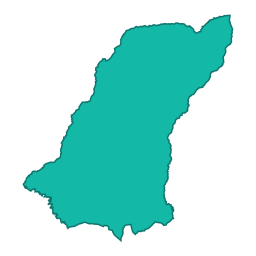 Comodoro, Mato Grosso, Brazil (orthographic projection)
{"feature_id": "56859067B94261224091437", "entity_name": "Comodoro", "entity_type": "district", "adm_level": 2, "iso_a3": "BRA", "parent_name": "Brazil", "parent_adm1": "Mato Grosso", "projection": "orthographic", "projection_center": [-59.748, -13.193], "detail": "fine", "context": "isolated", "style": "filled", "palette": "teal", "viewbox_px": 256, "rotation_deg": 0, "n_neighbors": 0, "source": "geoboundaries", "source_scale": "gbopen_adm2", "svg_char_len": 5743}
<svg xmlns="http://www.w3.org/2000/svg" viewBox="0 0 256 256"><path d="M23.4,184.4L25.4,188.1L25.8,188.1L25.6,186.5L26.2,186.3L27.3,188.6L30.1,190.7L30.4,189.8L30.5,190.5L31.1,190.8L31.6,189.9L32.8,189.6L33.7,188.6L34.1,188.7L34.2,189.2L35.0,189.2L35.1,191.0L35.4,190.5L35.5,191.6L36.2,191.9L37.2,191.3L37.7,191.7L39.1,191.8L38.6,192.7L40.0,193.0L39.7,194.2L41.0,194.4L41.9,195.7L42.3,195.8L42.1,194.4L44.9,194.2L45.4,194.6L45.5,195.2L44.3,196.8L46.2,196.8L47.0,197.3L47.7,196.6L48.6,197.3L51.0,197.2L51.3,197.8L49.9,198.2L49.9,198.7L51.3,199.5L51.1,200.1L50.3,200.5L49.0,200.0L48.6,200.6L49.4,201.5L50.6,201.2L50.9,201.5L48.5,203.9L48.4,204.3L48.9,204.4L49.9,203.8L52.4,204.1L52.4,204.5L51.5,205.2L51.4,206.1L50.2,207.5L50.3,207.9L51.1,208.2L51.6,207.2L52.9,207.3L52.9,207.8L52.4,208.4L52.8,209.8L53.0,213.6L53.7,213.8L53.6,212.8L55.5,214.1L56.4,213.5L56.7,214.0L56.5,214.6L56.8,214.9L57.4,214.8L57.5,215.2L56.6,215.6L56.4,216.6L55.8,216.4L57.0,218.5L59.9,218.3L60.7,219.3L60.7,221.0L61.5,222.7L62.8,221.9L63.1,222.7L64.2,221.8L64.5,223.1L65.4,223.0L65.4,224.2L66.7,224.9L67.1,225.7L67.2,227.2L67.9,228.3L69.5,227.0L74.7,226.2L79.3,223.8L80.2,223.8L80.7,223.3L81.6,223.4L84.6,222.1L89.4,223.8L92.3,223.6L93.7,224.0L98.3,224.3L102.9,226.4L103.4,226.5L104.4,225.3L105.6,225.7L106.4,225.5L107.7,226.0L108.6,227.0L108.9,229.6L112.4,230.3L112.8,231.9L114.3,234.8L120.9,240.6L121.0,237.9L122.8,234.2L123.0,231.9L122.6,229.9L123.4,228.8L123.3,227.8L124.4,226.7L124.6,225.8L126.2,225.0L131.1,224.5L131.1,225.7L132.7,231.8L135.2,234.4L135.9,233.5L137.3,232.8L138.3,231.3L140.9,231.5L142.4,230.9L144.5,230.8L144.7,230.0L146.2,229.1L148.4,228.4L152.2,225.0L153.0,223.8L153.8,223.5L155.1,221.8L157.0,222.4L161.1,222.9L163.0,224.3L163.7,225.4L166.3,224.8L166.3,223.9L167.3,223.0L169.9,221.4L172.4,218.7L173.4,218.5L172.7,217.1L172.8,215.7L172.1,212.9L173.7,210.7L173.4,209.6L173.0,210.1L172.8,209.7L171.7,209.6L171.9,208.6L172.7,208.9L173.1,207.8L172.1,206.6L171.4,206.9L171.0,204.9L170.0,204.9L169.3,204.0L168.1,203.8L167.6,204.5L166.6,204.6L166.1,203.7L166.3,201.8L165.4,201.6L165.6,201.0L165.0,200.1L165.1,198.7L164.3,197.8L164.0,196.7L164.4,196.3L163.9,193.2L164.1,191.2L164.7,190.5L164.3,188.9L164.6,187.6L163.9,186.1L165.1,184.4L166.3,181.6L167.0,181.3L167.0,180.0L168.0,179.0L167.6,177.1L168.1,177.0L167.7,175.5L168.1,174.0L167.4,173.0L168.0,171.7L167.4,171.5L167.3,171.0L167.7,169.8L168.2,169.4L168.8,167.0L168.2,166.5L168.5,166.2L167.8,165.8L168.5,164.1L169.8,163.6L170.0,161.6L170.6,161.3L171.5,159.4L171.3,157.6L169.8,155.4L169.8,154.8L170.6,154.0L171.0,149.8L171.0,148.7L170.2,147.6L170.9,146.8L171.0,145.6L169.5,143.0L168.9,142.7L169.0,140.3L167.6,139.0L167.8,136.7L169.1,134.2L171.5,132.5L171.7,130.5L172.9,128.1L172.7,125.5L173.5,124.2L174.7,123.5L175.8,119.6L176.7,119.1L177.0,118.4L179.4,118.0L179.8,116.1L180.5,115.4L181.9,115.2L182.1,113.9L182.9,112.9L184.9,113.0L187.5,110.8L187.7,109.9L187.3,109.6L188.0,107.0L189.1,105.4L188.2,103.9L187.5,103.9L188.4,101.8L188.1,99.6L189.4,96.7L191.1,95.7L191.7,94.8L193.0,94.6L194.2,93.6L197.1,89.3L198.5,88.6L199.2,87.5L200.0,87.7L202.8,87.2L203.1,85.8L204.2,85.3L205.8,82.8L208.4,80.5L209.1,79.4L210.4,76.5L210.3,74.1L211.9,71.7L213.1,71.8L214.8,70.7L215.9,70.8L217.3,70.1L218.9,67.8L221.6,66.1L222.8,64.8L222.3,64.3L222.4,63.8L223.7,62.5L223.2,56.5L224.3,55.3L225.7,52.1L225.4,48.3L227.3,46.0L230.4,44.0L231.5,41.6L231.2,38.4L232.0,36.5L231.5,34.6L232.2,32.8L232.0,31.4L232.6,29.3L230.3,23.9L230.0,21.9L229.3,20.7L230.0,15.4L227.6,15.4L225.9,15.9L224.7,15.6L221.9,16.8L219.5,16.5L218.0,17.8L217.1,17.7L215.4,18.5L214.6,17.9L214.1,18.0L214.4,18.4L213.0,19.3L211.3,19.7L210.6,20.2L209.9,20.1L209.8,20.8L209.3,20.6L208.3,22.4L207.5,22.3L207.1,23.2L205.9,24.0L205.5,24.8L203.0,26.6L202.4,26.6L202.8,27.2L201.1,29.5L200.7,31.7L199.6,31.6L196.8,33.1L195.7,32.8L194.9,31.9L194.0,31.7L193.5,29.3L190.1,26.3L189.9,26.6L189.1,25.9L188.6,26.5L187.3,26.5L185.3,25.3L184.7,24.3L183.4,23.9L181.2,23.7L180.2,24.0L177.7,23.1L175.6,23.2L174.3,24.1L171.5,23.6L170.1,24.2L168.7,23.7L168.2,24.1L165.0,23.7L164.6,24.1L164.0,23.7L162.9,24.3L161.3,24.0L159.4,25.2L158.7,24.9L156.7,25.6L154.6,24.9L152.9,25.1L151.3,26.3L150.0,25.5L149.7,25.8L149.1,25.7L148.5,26.7L145.8,26.4L145.4,25.8L143.8,25.9L142.3,26.9L141.2,26.3L138.3,27.3L136.1,26.5L133.7,28.5L131.9,28.4L129.9,29.2L129.4,29.8L126.3,30.6L125.0,33.1L123.4,34.4L123.4,35.7L122.8,35.7L121.9,37.0L121.6,38.3L120.7,39.7L121.0,41.5L120.6,44.5L119.3,45.9L117.6,46.4L114.5,48.6L115.1,50.9L114.7,52.6L112.9,54.4L111.0,57.5L108.8,59.8L106.0,60.9L105.2,58.9L102.7,58.9L102.4,59.3L102.6,60.2L99.9,62.0L98.1,64.5L97.8,65.8L98.0,66.9L96.6,67.1L95.8,68.0L95.8,70.5L96.8,71.3L96.8,71.9L95.4,73.6L94.7,75.2L96.1,78.0L95.6,79.1L96.5,80.9L96.4,81.3L95.5,81.6L95.7,84.2L94.9,87.0L93.9,88.8L94.3,91.3L94.0,93.2L93.3,94.6L91.4,96.5L90.0,101.1L88.5,101.4L87.5,102.4L86.3,101.7L85.6,102.2L84.4,102.4L82.6,102.1L82.0,102.5L81.5,103.7L80.6,104.4L80.1,105.8L79.2,106.6L79.1,108.9L76.1,110.3L75.4,112.0L73.1,114.6L71.5,115.1L71.4,117.0L72.2,118.8L71.7,119.6L72.2,120.3L71.8,121.4L73.0,122.4L70.7,125.5L69.2,126.4L68.7,127.5L68.7,128.7L66.5,132.3L66.8,134.7L65.8,135.4L65.3,137.1L63.8,137.2L63.8,139.3L62.8,140.3L62.8,141.3L61.7,142.3L61.4,143.1L62.3,144.0L62.2,144.9L61.8,145.8L61.6,148.0L60.8,148.9L60.8,151.2L61.5,153.2L60.8,153.5L60.7,155.3L59.9,158.1L58.5,158.3L58.1,158.9L57.2,158.9L55.1,161.2L54.9,162.0L52.8,162.5L51.1,162.1L46.1,163.7L43.9,165.3L43.9,166.6L43.5,167.5L42.4,167.5L42.0,168.8L41.2,169.0L38.7,170.8L37.9,170.7L37.0,171.6L36.2,171.7L35.0,171.1L32.6,171.6L31.7,173.1L31.9,173.9L31.6,174.2L31.1,174.0L29.0,175.5L28.9,176.2L28.5,175.8L27.9,176.8L26.8,177.7L25.8,181.0L25.0,181.4L25.3,182.5L23.7,183.6L23.4,184.4Z" fill="#14b8a6" stroke="#0f766e" stroke-width="1.5"/></svg>